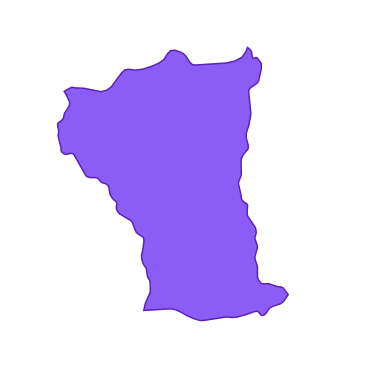 outline of Paysandú, rotated 70°
{"feature_id": "URY-8", "entity_name": "Paysandú", "entity_type": "Department", "adm_level": 1, "iso_a3": "URY", "parent_name": "Uruguay", "parent_adm1": "", "projection": "equal_earth", "projection_center": [-57.298, -32.042], "detail": "fine", "context": "isolated", "style": "filled", "palette": "violet", "viewbox_px": 384, "rotation_deg": 70, "n_neighbors": 0, "source": "natural_earth", "source_scale": "10m", "svg_char_len": 3147}
<svg xmlns="http://www.w3.org/2000/svg" viewBox="0 0 384 384"><g transform="rotate(70 192 192)"><path d="M52.5,269.2L52.6,268.7L54.0,266.7L57.5,258.2L66.5,243.4L67.2,237.6L65.7,232.0L55.9,217.3L54.3,213.2L55.1,209.3L58.2,203.5L59.7,196.1L60.1,187.5L59.6,179.4L58.1,173.4L53.6,167.6L51.8,163.8L52.8,159.8L56.7,154.8L58.9,152.9L62.1,151.3L68.9,149.8L72.3,148.2L73.8,145.5L82.4,116.0L83.6,107.6L82.6,99.1L78.8,93.6L75.1,90.4L75.5,90.1L77.9,88.8L80.0,88.1L82.3,88.4L84.8,89.1L86.4,89.1L87.1,88.9L87.3,88.8L87.3,88.7L87.5,86.9L87.6,85.9L88.1,85.1L88.7,84.7L94.0,83.1L95.2,83.1L96.6,83.4L100.4,85.0L109.9,91.1L111.2,92.4L111.7,93.1L112.1,93.9L113.9,100.7L114.3,101.5L114.7,102.4L115.2,103.1L115.9,103.7L116.6,104.2L117.6,104.6L138.7,109.9L149.0,115.9L153.8,119.8L155.3,120.8L158.8,122.3L162.2,122.8L166.3,123.0L168.9,123.7L170.4,124.4L171.1,125.2L174.2,130.7L175.3,132.1L177.2,133.9L180.5,135.6L191.8,139.4L193.4,140.3L198.7,144.9L200.3,145.5L212.4,147.1L214.3,147.7L215.6,147.8L217.0,147.5L218.9,146.7L220.0,146.0L220.9,145.3L221.5,144.7L222.4,144.4L223.5,144.3L229.8,147.1L232.8,147.9L234.4,147.8L246.8,144.7L248.5,144.7L250.9,145.2L252.3,145.6L253.3,146.2L256.1,148.3L257.0,148.7L258.0,148.9L264.0,149.0L265.6,149.2L266.7,149.6L274.0,154.8L275.8,155.5L276.8,155.7L284.2,156.0L294.3,159.5L295.2,159.6L296.8,159.6L299.1,159.1L301.0,158.4L301.8,157.7L302.5,156.8L303.2,155.2L303.5,154.3L303.9,152.2L304.8,150.7L309.2,145.4L310.5,143.5L311.3,141.9L311.6,140.8L313.7,139.0L321.3,136.7L326.0,143.1L326.6,144.8L327.2,146.7L327.3,147.9L327.1,152.1L327.2,156.6L327.5,158.1L327.9,159.2L331.3,164.1L331.9,165.2L332.2,166.4L332.1,167.8L331.7,168.7L331.2,169.3L330.6,169.5L329.4,169.8L327.8,170.4L327.1,170.8L326.5,171.4L326.0,172.8L325.7,174.7L325.7,182.8L325.6,184.1L324.9,192.3L324.0,196.2L323.2,198.1L321.6,201.5L320.9,203.8L316.7,224.9L315.6,228.3L311.3,234.0L306.5,239.0L301.2,243.4L296.9,247.8L294.5,251.9L286.8,277.8L282.3,275.0L280.3,273.6L272.5,266.1L271.0,265.1L263.2,262.4L260.7,262.0L259.7,262.1L257.9,262.6L256.5,262.7L254.7,262.5L249.1,261.3L247.6,261.2L244.0,262.2L240.9,262.4L237.8,262.1L234.3,261.2L229.8,258.1L222.0,254.1L219.8,253.4L218.3,253.3L217.6,253.6L216.1,254.5L213.4,256.7L212.0,257.6L211.2,258.0L209.3,258.4L200.3,258.5L198.9,258.9L197.4,259.7L188.1,267.3L187.0,267.9L185.6,268.4L183.0,268.8L181.6,268.7L180.2,268.2L177.2,266.6L176.0,266.5L174.9,266.7L172.8,268.1L170.3,269.1L166.6,269.8L165.2,269.7L160.1,268.7L158.2,268.6L156.8,268.8L156.0,269.2L154.7,270.4L153.6,271.7L153.2,272.4L151.8,273.8L151.2,274.2L147.8,275.4L147.0,275.8L146.4,276.4L145.8,277.1L145.2,278.7L145.0,279.0L144.0,281.9L143.6,282.8L142.6,284.3L142.0,285.0L140.6,286.1L115.8,290.3L115.2,290.9L114.7,291.7L114.3,292.6L114.1,293.7L113.6,297.5L112.9,298.6L111.9,299.6L109.8,300.7L108.5,300.9L107.4,300.7L106.7,300.1L94.2,298.7L92.4,298.3L91.0,297.2L88.0,296.2L84.7,295.8L82.9,295.3L81.8,294.8L81.4,294.2L81.2,293.8L80.3,290.5L79.6,288.9L79.1,288.1L78.5,287.5L75.4,285.6L74.7,285.0L74.0,284.4L70.2,279.2L69.7,278.6L69.0,278.0L68.1,277.3L66.5,276.6L65.3,276.3L58.0,276.8L53.8,277.7L52.9,273.5L52.5,269.2Z" fill="#8b5cf6" stroke="#5b21b6" stroke-width="1.5"/></g></svg>